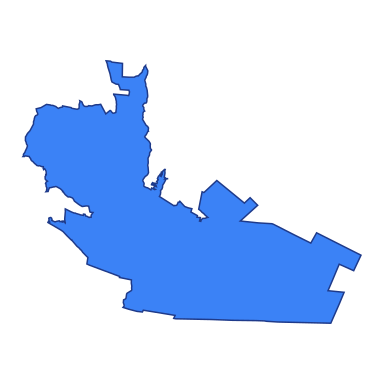 Zarnesti, Buzau, Romania
{"feature_id": "2599482B98945764171104", "entity_name": "Zarnesti", "entity_type": "district", "adm_level": 2, "iso_a3": "ROU", "parent_name": "Romania", "parent_adm1": "Buzau", "projection": "albers", "projection_center": [26.866, 45.322], "detail": "fine", "context": "isolated", "style": "filled", "palette": "blue", "viewbox_px": 384, "rotation_deg": 0, "n_neighbors": 0, "source": "geoboundaries", "source_scale": "gbopen_adm2", "svg_char_len": 5863}
<svg xmlns="http://www.w3.org/2000/svg" viewBox="0 0 384 384"><path d="M330.8,323.2L339.5,303.4L344.1,292.3L328.0,290.7L332.5,280.2L339.2,264.2L353.7,270.7L361.0,255.2L316.6,232.8L310.8,243.1L294.1,234.8L273.3,224.2L271.9,223.7L258.4,222.9L240.3,221.0L257.7,205.3L250.1,197.7L244.4,203.1L216.8,180.5L204.2,192.3L203.9,192.5L202.1,191.8L198.7,209.3L200.5,210.6L202.1,212.4L203.8,213.6L204.8,214.8L207.8,217.4L206.6,217.6L205.3,218.3L202.7,218.4L201.3,219.7L200.8,221.4L199.5,221.1L200.4,217.6L197.0,217.2L197.4,215.6L190.9,212.0L191.9,208.7L188.1,207.8L184.7,206.5L179.8,201.2L179.7,201.2L179.3,202.2L178.2,202.2L178.1,202.4L177.2,204.5L176.7,205.2L175.9,205.5L174.6,205.4L174.0,205.8L159.4,196.5L160.4,194.5L160.7,192.1L160.5,190.6L161.9,189.1L162.5,187.5L162.7,185.1L164.2,182.8L166.2,178.8L167.5,178.8L167.5,178.6L165.7,178.6L164.7,178.9L165.3,177.8L164.3,177.2L165.0,172.9L164.8,170.8L165.2,169.5L164.6,169.4L164.2,169.7L163.8,170.3L163.1,170.7L162.1,172.7L161.8,172.2L161.4,172.0L161.2,172.3L161.3,172.7L162.2,173.1L162.2,173.8L161.6,173.4L161.2,173.5L161.1,173.8L161.7,175.6L161.0,174.8L160.7,174.0L161.4,175.5L161.0,175.6L161.1,176.4L160.8,176.3L160.6,175.0L160.1,174.3L158.6,176.5L158.4,176.4L157.4,178.6L158.2,179.4L158.2,179.8L157.7,180.0L157.6,180.5L157.2,180.8L156.7,181.5L157.2,181.8L157.3,182.7L157.2,183.1L156.9,183.6L156.1,183.3L154.5,183.2L154.4,183.5L152.6,182.6L151.9,183.6L151.6,184.2L151.8,184.3L151.6,184.8L151.8,184.9L152.2,185.0L152.8,183.6L155.4,184.8L156.0,185.5L154.2,184.6L153.9,184.7L153.7,185.3L155.1,185.9L156.0,186.0L156.1,185.7L156.2,185.8L156.4,186.6L154.6,185.9L153.9,187.4L153.4,188.0L153.4,188.4L155.3,189.4L154.7,189.6L153.7,189.1L153.5,188.7L152.7,188.6L151.7,188.0L150.9,189.8L147.6,187.8L146.2,187.5L144.0,186.4L143.8,185.5L144.1,183.8L144.0,183.1L142.9,181.0L142.8,180.2L143.4,179.0L145.2,176.5L146.7,175.5L147.6,174.6L148.5,172.7L148.1,167.3L147.7,165.2L148.2,163.1L148.2,161.9L148.0,158.4L148.3,157.5L149.5,155.1L149.6,153.1L149.8,152.5L151.5,150.1L151.5,149.8L150.5,148.6L150.4,148.3L150.2,145.7L150.4,144.1L150.2,143.3L148.9,141.2L145.8,138.2L144.7,136.9L145.4,135.5L146.1,134.9L147.8,131.5L148.5,131.2L148.2,130.5L148.5,128.0L147.6,126.4L146.1,125.3L142.5,119.2L142.9,117.8L143.2,117.3L142.7,115.9L143.0,114.5L142.9,113.1L143.5,111.9L144.0,111.4L144.7,111.1L143.8,109.4L143.8,107.4L142.7,106.1L142.7,105.7L142.9,105.0L144.4,103.2L146.1,103.0L146.6,102.3L146.9,100.9L146.9,98.6L147.6,97.2L147.7,95.8L147.2,90.5L146.4,87.2L145.8,86.4L145.8,84.0L144.8,80.5L144.8,80.0L146.2,77.1L146.3,76.2L147.1,75.0L147.5,73.8L147.8,71.1L147.7,70.5L145.6,66.3L145.6,65.5L144.1,67.1L143.9,67.5L143.6,69.2L142.6,70.2L142.4,71.3L141.9,72.4L139.8,74.2L138.3,75.9L137.3,75.9L135.5,76.4L134.3,77.2L128.8,77.2L122.3,76.8L122.5,63.4L111.8,62.1L110.6,61.2L106.1,60.8L107.4,64.1L107.4,64.8L108.0,67.4L110.0,73.7L111.3,80.1L112.0,82.0L116.0,84.1L118.5,84.4L120.0,88.2L120.3,89.6L128.9,90.2L129.1,91.0L129.5,91.8L129.1,94.3L128.6,95.6L126.9,95.3L113.7,94.1L113.7,94.7L114.7,96.0L115.4,97.4L116.4,101.7L116.3,102.8L116.6,104.3L116.3,106.3L116.4,108.1L115.8,112.5L114.0,113.1L113.0,113.2L111.8,112.2L110.9,110.9L110.3,110.5L110.0,110.5L105.8,113.9L100.7,104.3L98.0,104.8L96.9,104.7L95.1,104.9L91.9,106.0L90.8,105.8L90.0,105.9L88.8,105.6L87.6,106.4L86.0,106.5L84.5,106.3L83.5,105.4L82.7,104.0L82.0,102.1L81.1,101.4L79.8,100.8L80.0,101.6L79.1,104.6L79.2,106.7L79.0,108.2L78.9,108.5L77.2,109.3L71.9,108.3L71.5,108.1L71.2,107.6L62.6,105.9L62.5,107.0L60.3,107.5L58.3,108.4L56.4,107.1L56.0,106.6L52.9,105.4L50.8,105.3L50.5,105.0L46.5,104.4L41.0,107.6L36.2,108.8L36.7,111.3L37.6,113.1L37.7,114.5L37.0,115.1L35.7,115.6L34.8,116.9L34.3,118.6L34.1,120.0L33.5,121.7L33.5,124.1L30.0,130.7L27.7,133.2L26.8,134.6L26.5,135.4L25.5,136.8L25.4,140.6L26.2,142.4L26.5,144.0L27.3,145.2L27.4,146.1L26.8,148.0L25.3,151.1L24.9,152.3L23.5,154.2L23.4,154.8L23.5,155.8L23.0,156.5L24.5,156.5L25.0,156.0L25.4,155.9L29.3,156.5L29.5,157.3L30.1,157.9L30.3,158.4L30.8,159.0L30.9,159.7L31.6,160.7L32.9,161.6L34.7,163.6L35.5,164.1L36.9,165.5L38.6,165.9L39.6,165.7L41.7,166.6L43.3,166.7L43.2,168.5L43.5,168.8L43.6,169.5L44.6,168.7L45.2,169.5L46.1,171.3L46.3,173.9L46.3,174.5L45.7,174.5L45.8,175.6L45.1,176.5L45.2,179.1L46.1,180.2L47.5,181.2L46.1,182.1L45.5,183.7L46.0,184.1L46.1,186.3L46.9,188.0L46.9,188.5L46.7,188.9L46.5,190.8L45.9,191.7L48.1,191.5L48.5,190.2L48.3,189.8L48.9,189.2L49.4,187.8L51.0,187.6L53.2,187.0L53.6,187.0L53.8,186.8L54.5,186.9L55.5,186.5L56.4,186.6L60.4,188.8L62.8,191.1L62.6,191.7L63.5,192.1L63.9,192.9L65.3,194.7L67.8,196.8L68.6,197.0L69.8,196.9L72.1,197.8L72.8,198.3L73.6,199.5L74.4,201.1L78.3,204.1L80.7,205.7L81.4,205.9L81.9,206.4L82.6,206.5L86.4,205.9L88.7,206.2L89.9,211.9L90.4,212.2L93.0,212.5L91.2,215.1L91.1,217.3L89.6,217.2L89.1,217.5L86.8,216.2L85.8,216.1L85.0,214.3L83.5,214.1L83.4,215.4L80.1,214.8L79.9,214.6L75.8,213.4L75.4,213.1L74.0,213.0L71.3,211.9L65.3,208.9L65.2,210.2L65.4,210.8L64.7,219.0L65.0,221.8L65.3,222.5L65.2,223.0L65.1,222.9L64.9,222.4L63.7,221.6L62.6,222.1L62.0,222.0L61.9,221.8L62.0,221.5L62.5,221.1L62.2,221.1L60.0,221.7L59.3,220.8L56.3,221.4L55.4,221.8L54.5,221.7L51.8,220.4L52.1,219.9L51.6,218.2L50.8,217.5L50.0,217.6L48.8,218.2L49.0,219.6L48.9,221.3L49.6,221.8L49.8,222.0L49.7,222.5L48.3,221.6L47.9,222.5L60.8,230.0L63.1,231.6L67.0,235.8L71.5,240.2L71.8,240.0L71.9,240.3L76.9,246.2L79.3,248.2L80.4,249.6L81.4,250.3L82.7,252.3L86.9,256.6L87.9,257.4L86.9,264.0L89.5,265.2L119.5,276.4L119.8,276.8L119.5,277.5L131.4,279.9L131.3,283.2L131.8,286.1L131.6,288.0L131.8,289.8L131.3,290.6L127.1,293.2L126.6,294.0L126.1,297.6L125.8,298.6L124.9,299.3L123.6,299.8L123.3,302.6L124.1,305.0L124.1,306.1L123.0,307.4L128.6,309.2L137.0,311.4L142.4,312.0L143.3,310.2L175.1,315.4L173.7,318.4L175.7,318.8L211.2,319.5L232.5,320.3L255.8,320.6L264.3,320.9L266.6,321.3L278.0,322.0L330.8,323.2Z" fill="#3b82f6" stroke="#1e3a8a" stroke-width="1.5"/></svg>